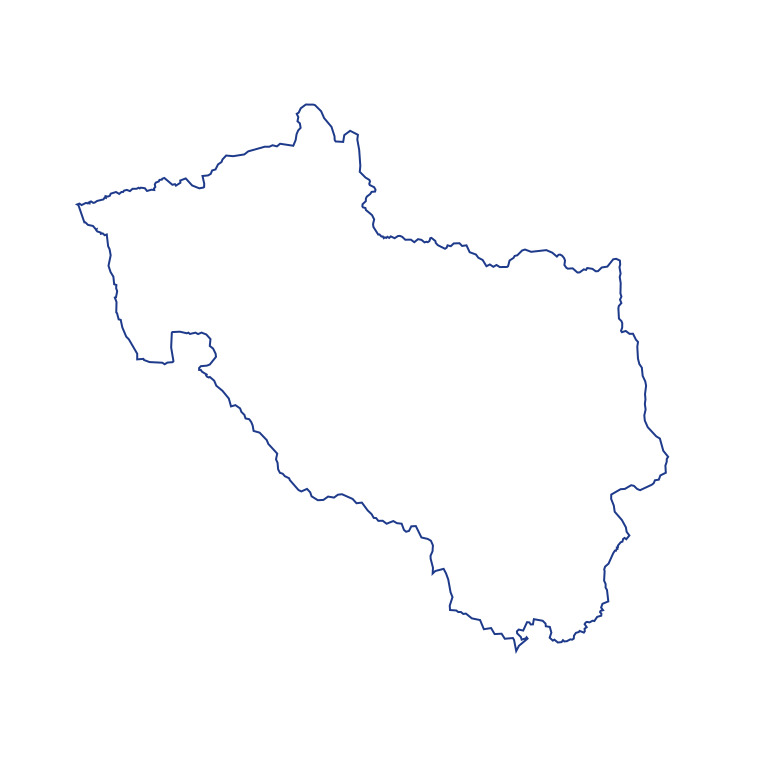 Nopphitam, Nakhon Si Thammarat, Thailand, rotated 168°
{"feature_id": "78962969B39887393521722", "entity_name": "Nopphitam", "entity_type": "district", "adm_level": 2, "iso_a3": "THA", "parent_name": "Thailand", "parent_adm1": "Nakhon Si Thammarat", "projection": "robinson", "projection_center": [99.71, 8.761], "detail": "fine", "context": "isolated", "style": "outline", "palette": "blue", "viewbox_px": 768, "rotation_deg": 168, "n_neighbors": 0, "source": "geoboundaries", "source_scale": "gbopen_adm2", "svg_char_len": 6140}
<svg xmlns="http://www.w3.org/2000/svg" viewBox="0 0 768 768"><g transform="rotate(168 384 384)"><path d="M127.6,455.7L130.9,458.2L133.9,458.3L141.1,452.4L146.8,452.7L151.2,449.9L153.4,450.2L156.2,453.3L161.1,455.2L162.6,453.6L164.7,454.6L169.4,452.5L171.6,452.8L175.4,457.9L180.2,458.6L181.5,459.8L182.8,462.9L181.3,467.0L181.6,469.5L183.0,472.4L184.9,474.0L186.4,474.1L188.4,472.7L192.1,477.5L197.4,481.2L212.6,482.7L218.1,486.2L221.1,485.9L226.8,482.2L229.6,482.1L231.1,480.4L235.5,478.7L238.1,473.5L239.3,472.9L246.4,474.3L249.2,477.0L252.7,475.9L255.6,478.9L259.3,477.9L261.7,484.8L265.5,487.9L267.1,491.5L272.8,495.1L274.5,502.5L278.9,502.8L280.9,506.0L286.6,507.0L290.0,504.9L293.0,506.4L294.4,504.3L296.2,503.6L302.6,508.7L304.0,511.2L304.1,513.3L307.3,517.1L308.4,517.0L309.8,514.4L311.7,513.6L312.9,514.3L314.9,514.1L317.4,517.2L320.6,518.6L324.9,516.4L327.7,519.6L333.2,520.7L335.6,524.2L337.7,525.6L339.7,525.8L343.3,524.4L346.7,527.0L348.5,525.8L350.1,527.3L351.4,526.4L352.6,527.3L353.9,526.7L354.5,528.6L355.9,528.8L357.3,531.2L358.6,531.4L361.7,539.8L361.5,542.6L359.4,547.1L360.6,551.7L365.5,557.9L365.6,560.0L367.9,561.2L368.2,562.4L367.6,564.3L363.8,566.6L363.1,569.3L361.8,570.9L358.0,572.7L356.2,574.5L352.7,574.1L351.9,575.8L352.7,578.5L356.6,581.6L356.8,582.9L355.6,585.0L355.9,586.7L359.2,589.8L363.6,596.6L361.8,602.3L359.6,618.2L359.3,628.6L357.7,633.2L364.5,638.7L371.1,635.7L373.6,629.3L380.9,631.3L381.5,633.0L380.9,636.6L381.9,646.4L387.3,656.6L388.8,663.9L393.5,671.1L395.1,672.0L402.4,673.6L408.1,671.0L411.0,667.2L413.2,666.4L412.3,662.9L414.0,659.0L412.1,656.4L412.3,651.9L415.2,649.9L417.6,646.5L419.7,641.0L423.2,635.9L435.7,640.6L439.3,638.7L443.4,640.7L446.9,639.9L451.2,640.9L468.4,639.8L472.9,637.6L484.2,638.2L490.9,640.3L495.3,637.2L496.8,634.9L500.7,633.3L504.2,628.9L507.7,628.6L509.9,625.5L512.8,624.6L518.3,625.2L518.2,617.4L519.0,614.1L519.8,613.7L524.0,613.8L530.4,618.1L535.2,626.3L541.0,625.4L541.3,623.2L546.3,621.3L546.9,622.9L549.6,622.9L556.0,631.2L558.2,630.9L558.8,630.1L561.2,630.3L562.1,629.0L565.4,628.4L566.7,626.9L566.7,624.3L568.3,623.1L568.4,621.5L571.0,622.4L575.7,622.1L577.2,625.2L581.0,626.6L582.2,626.1L583.2,627.0L585.3,626.4L589.4,627.2L592.4,625.5L595.2,627.3L598.1,627.2L599.2,626.1L600.9,626.4L603.5,625.0L606.2,627.5L611.7,627.0L613.1,625.1L615.2,624.7L617.2,625.6L617.4,623.9L618.4,624.5L620.0,622.9L626.6,622.7L629.3,621.6L630.7,621.6L632.6,623.5L633.6,623.4L634.4,621.9L635.4,622.9L636.1,622.2L638.0,623.1L642.6,621.9L644.4,623.8L646.8,623.4L645.7,622.4L643.5,604.4L642.5,604.2L640.5,601.2L635.8,599.1L633.6,595.0L633.0,595.1L633.5,594.2L632.7,592.8L629.6,591.0L629.7,589.8L627.8,589.8L626.3,587.6L624.1,587.9L625.2,576.1L624.4,572.9L624.6,566.7L628.9,556.9L628.2,550.4L626.4,545.2L627.2,537.7L625.2,536.5L626.1,533.4L625.7,530.2L628.1,524.6L629.3,524.5L628.6,519.8L631.0,509.7L630.4,508.7L630.1,502.4L628.2,501.5L628.2,493.8L626.3,483.9L624.3,480.8L619.1,464.9L620.3,459.4L614.1,458.6L613.8,457.4L608.8,454.2L596.4,450.9L594.4,448.9L591.4,450.0L586.2,449.3L585.2,450.1L584.6,464.0L580.9,478.2L580.2,478.8L572.8,477.6L566.3,474.6L564.7,474.9L563.4,473.3L557.7,473.4L555.5,471.5L551.8,472.2L547.5,469.4L544.4,464.0L546.5,457.4L543.8,454.2L542.4,448.6L542.7,445.5L550.3,439.3L553.4,438.8L559.5,439.5L561.5,438.1L561.9,436.2L560.3,435.9L559.5,433.9L555.5,430.1L556.2,429.4L555.7,428.1L554.1,426.8L552.9,427.1L549.4,422.5L548.4,417.2L543.4,410.9L538.8,402.0L538.3,393.9L533.7,394.2L529.8,390.0L529.3,386.3L527.0,382.9L526.6,379.1L523.2,377.6L521.8,374.5L521.1,370.7L521.3,365.2L515.8,362.3L510.4,353.6L509.6,349.4L502.9,338.1L505.3,332.8L504.5,329.0L505.3,322.6L504.3,318.8L501.7,317.3L500.2,314.5L496.4,311.5L496.1,309.6L489.7,298.1L487.2,296.1L481.1,297.4L478.7,293.4L478.2,289.2L472.9,284.1L467.4,283.2L462.1,285.5L456.5,283.3L452.1,285.3L448.0,284.9L438.6,278.1L435.7,273.1L430.3,272.6L426.3,263.8L423.2,259.3L421.9,255.2L419.6,254.5L418.0,251.3L413.7,250.5L410.5,246.8L403.4,248.0L400.3,245.2L395.8,243.7L394.8,237.1L393.1,234.9L390.1,235.1L386.9,239.1L382.4,238.4L379.3,226.1L373.5,223.4L370.7,220.9L369.7,216.0L371.3,210.3L374.2,206.3L374.7,203.4L374.3,194.1L375.8,188.5L372.7,190.4L364.1,190.8L362.7,185.8L361.8,179.3L362.2,166.4L361.3,161.3L365.8,153.5L366.4,149.2L360.3,147.4L358.8,145.5L356.2,145.0L354.3,142.6L351.6,142.4L346.8,136.5L339.1,133.1L337.3,123.4L330.0,123.0L327.8,116.4L320.9,115.3L318.8,109.7L310.7,108.7L310.0,106.6L310.2,95.3L306.4,99.9L296.5,105.1L297.2,106.6L298.0,105.8L302.5,105.3L302.7,108.0L305.6,112.4L305.4,114.4L303.3,115.8L299.1,113.9L293.6,121.3L291.4,120.6L290.5,118.3L288.3,117.9L286.3,122.8L278.0,119.4L275.8,116.0L276.1,113.4L272.3,111.9L272.0,106.0L274.7,101.4L272.2,97.9L270.5,98.5L267.7,95.0L264.0,94.6L262.2,96.2L261.2,94.7L258.6,94.4L254.9,95.5L253.2,94.8L251.3,95.5L250.5,98.3L248.0,100.7L245.0,100.9L244.0,101.8L240.2,99.3L239.0,100.4L238.7,102.9L236.3,104.0L237.7,107.4L236.4,108.7L234.9,109.1L232.5,108.1L229.1,109.1L227.5,108.4L223.9,111.9L219.7,112.2L219.1,114.1L220.1,116.0L219.3,117.1L216.8,117.2L218.1,120.2L216.0,123.6L209.8,124.7L208.7,136.2L209.6,138.8L208.8,142.2L209.6,145.9L207.1,155.1L207.2,156.8L205.7,159.4L201.7,161.6L195.0,170.8L192.8,173.0L191.8,172.7L191.0,174.0L189.9,174.2L190.2,175.7L189.1,175.8L188.8,177.3L185.4,180.0L183.6,180.2L182.3,182.7L180.7,183.4L179.3,181.8L175.5,184.8L177.4,189.0L177.2,193.5L179.6,201.5L184.9,211.1L184.5,217.3L185.7,224.4L184.7,228.6L174.5,231.9L170.2,231.3L163.3,233.6L160.7,232.4L158.2,228.7L155.6,226.9L143.0,229.8L140.8,230.9L139.0,233.5L135.1,233.3L132.7,237.1L126.8,238.6L125.7,245.7L123.6,249.2L123.0,251.9L121.2,253.7L124.7,260.6L125.5,273.3L128.6,276.2L135.0,286.9L136.5,294.0L135.9,299.2L133.4,304.7L133.0,310.2L131.4,314.8L130.8,319.8L128.0,327.8L127.9,332.2L129.3,338.2L128.4,346.4L130.1,350.5L130.3,356.1L128.5,367.8L126.8,372.3L128.4,375.1L130.0,381.4L133.4,382.0L136.5,385.6L140.5,385.2L141.1,386.7L139.3,389.6L138.3,394.0L138.7,396.2L140.6,399.1L139.0,409.3L138.1,411.5L135.0,413.8L135.6,417.5L133.6,420.1L133.9,423.4L131.5,433.5L131.2,439.6L129.6,442.9L129.4,449.2L128.1,451.9L127.6,455.7Z" fill="none" stroke="#1e3a8a" stroke-width="2"/></g></svg>